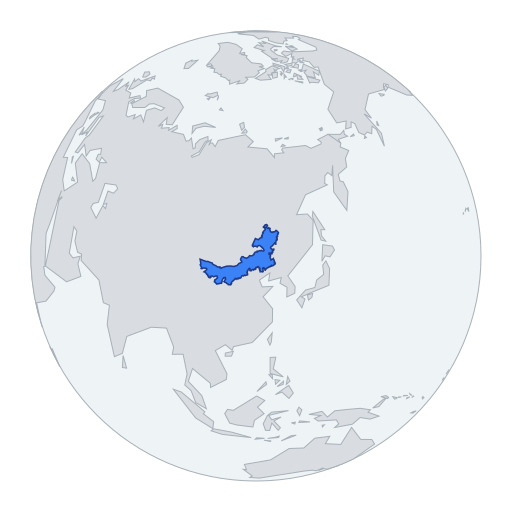 Inner Mongol on an orthographic globe
{"feature_id": "CHN-1838", "entity_name": "Inner Mongol", "entity_type": "Autonomous Region", "adm_level": 1, "iso_a3": "CHN", "parent_name": "China", "parent_adm1": "", "projection": "orthographic", "projection_center": [116.94, 45.357], "detail": "fine", "context": "on_globe", "style": "filled", "palette": "blue", "viewbox_px": 512, "rotation_deg": 0, "n_neighbors": 0, "source": "natural_earth", "source_scale": "10m", "svg_char_len": 17550}
<svg xmlns="http://www.w3.org/2000/svg" viewBox="0 0 512 512"><circle cx="256" cy="256" r="225" fill="#eef3f6" stroke="#a8b0b8"/><path d="M449.0,369.6L448.7,370.4L448.5,370.7L449.0,369.6ZM406.2,88.1L406.3,88.2L409.7,91.3L409.2,91.2L412.5,95.3L406.7,95.0L388.2,87.2L388.2,84.7L383.7,83.6L383.4,86.9L384.3,89.5L368.5,94.0L365.0,109.6L371.5,118.2L364.1,113.9L381.4,133.2L384.4,146.2L376.4,129.4L372.0,126.2L371.7,133.7L367.1,132.1L364.4,135.0L358.9,132.6L354.7,123.5L351.1,121.9L351.1,127.4L345.6,128.9L346.2,121.0L336.7,122.9L327.9,109.2L333.7,91.9L324.3,84.2L318.1,66.9L314.1,67.4L309.2,61.8L302.7,60.5L303.4,58.1L297.7,59.2L298.2,61.6L295.9,63.0L292.1,62.6L292.4,59.3L294.3,59.1L292.4,57.9L294.2,56.6L291.2,57.0L291.9,53.5L285.6,56.4L281.5,53.1L283.6,51.0L290.6,51.9L312.7,51.0L316.9,50.0L315.8,47.1L298.4,39.6L300.0,38.5L296.9,36.5L292.7,36.4L293.6,38.1L285.0,38.0L287.1,40.6L283.9,41.1L283.2,43.9L275.5,42.8L268.4,40.4L268.6,38.2L265.5,37.3L259.0,39.1L253.3,35.4L238.9,34.0L238.2,33.5L248.4,31.9L264.4,32.0L277.6,32.0L261.1,31.5L259.8,30.8L256.3,30.8L251.8,30.8L249.2,31.0L247.1,31.0L255.6,30.7L263.9,30.9L259.8,30.8L267.3,31.0L270.5,31.2L287.0,32.9L303.4,35.8L319.6,39.9L335.4,45.2L350.7,51.6L365.5,59.1L379.8,67.8L393.3,77.4L406.2,88.1ZM468.9,211.6L467.1,208.5L468.2,207.7L468.9,211.6ZM465.9,208.5L466.6,209.2L466.0,209.0L465.9,208.5ZM465.4,209.6L465.8,208.8L465.6,210.1L465.4,209.6ZM465.1,211.7L465.2,210.4L465.3,210.7L465.1,211.7ZM463.7,213.6L463.3,214.0L463.3,212.4L463.7,213.6ZM385.4,91.0L383.9,87.2L385.8,85.1L387.7,88.3L385.4,91.0ZM381.0,96.1L379.0,93.6L384.2,94.3L383.7,95.5L381.0,96.1ZM377.1,125.0L376.7,121.0L378.7,125.5L377.1,125.0ZM364.9,135.8L366.5,137.6L364.4,138.4L364.9,135.8ZM287.4,44.4L285.4,44.1L286.6,43.7L287.4,44.4ZM289.1,46.0L292.0,45.7L293.2,46.4L291.4,46.6L289.1,46.0ZM354.2,135.6L350.3,136.7L353.5,134.0L354.2,135.6ZM285.2,46.2L295.0,47.8L297.1,49.1L291.9,51.0L285.2,46.2ZM347.6,136.2L338.3,139.3L340.9,143.3L328.1,134.3L340.3,134.4L343.8,130.3L344.3,134.2L347.6,136.2ZM300.1,62.6L299.3,59.9L303.4,62.6L300.1,62.6ZM303.3,64.0L319.4,71.2L318.7,75.2L313.4,71.8L315.3,77.7L307.1,76.1L304.2,72.5L306.3,70.1L301.5,71.4L303.3,64.0ZM322.5,129.1L319.6,128.7L321.8,127.4L322.5,129.1ZM295.3,63.8L298.6,64.7L298.2,68.2L291.5,67.0L293.8,66.2L295.3,63.8ZM319.9,80.2L318.4,82.8L311.3,82.2L309.8,83.1L306.8,76.5L319.9,80.2ZM292.0,65.2L288.1,66.3L284.9,64.4L292.0,63.1L292.0,65.2ZM301.0,69.7L300.5,71.4L298.5,70.0L301.0,69.7ZM271.2,58.7L275.2,59.4L275.3,61.2L271.2,58.7ZM286.9,66.9L288.0,67.6L288.6,68.5L285.4,68.9L286.9,66.9ZM302.0,76.6L299.4,75.9L302.9,79.3L297.7,79.2L296.7,74.8L294.9,76.7L293.3,76.7L294.3,73.2L302.0,76.6ZM283.8,72.0L280.7,66.9L273.2,65.0L272.9,63.2L284.9,66.7L283.8,72.0ZM289.9,73.0L286.0,71.9L287.5,70.1L291.1,69.7L289.9,73.0ZM294.6,80.8L302.8,82.0L302.7,83.0L294.6,80.8ZM281.3,71.8L282.1,73.0L280.6,71.8L281.3,71.8ZM290.2,78.3L293.1,78.6L292.9,79.6L290.2,78.3ZM281.3,75.5L280.3,73.8L282.7,73.4L281.3,75.5ZM285.1,77.1L284.2,78.5L284.1,74.3L286.4,77.0L285.1,77.1ZM289.5,79.3L290.4,80.0L288.3,79.1L289.5,79.3ZM272.8,78.3L272.1,73.1L277.4,72.1L277.3,77.2L272.8,78.3ZM102.0,91.6L102.5,92.9L95.1,101.1L85.1,121.8L82.7,126.0L76.6,129.9L63.3,157.3L67.6,157.5L62.7,179.5L64.2,190.9L77.6,182.1L75.3,163.1L82.1,153.7L89.7,163.7L92.8,181.3L95.6,178.3L99.7,162.7L106.6,162.7L101.8,157.1L99.2,162.3L96.1,159.2L98.3,154.3L100.7,154.3L101.5,148.3L90.1,150.4L86.2,156.0L84.6,144.5L77.9,152.9L75.2,152.0L85.5,137.7L89.2,135.2L103.3,116.0L99.2,117.3L85.7,135.9L87.2,132.0L81.6,134.8L87.0,129.6L102.9,109.8L105.5,100.6L98.1,99.0L101.9,93.7L109.9,85.9L123.3,78.6L113.4,91.3L118.0,89.6L129.2,81.8L125.3,86.6L128.6,85.2L125.8,90.1L130.8,93.0L129.2,98.0L139.9,95.6L140.6,98.0L134.1,98.6L128.7,102.0L126.0,115.4L128.0,117.0L135.2,114.6L133.5,118.9L140.8,114.9L143.5,121.9L146.4,110.3L154.8,107.9L161.2,110.6L164.5,107.9L154.1,103.7L149.5,104.0L144.8,107.5L132.7,107.5L131.8,103.7L146.3,96.4L146.6,90.6L157.8,88.1L179.0,100.0L183.4,107.3L172.2,124.8L166.2,124.3L167.2,117.6L158.2,126.3L162.8,124.3L161.4,128.2L169.2,127.6L168.6,130.3L177.1,125.3L177.2,128.6L171.8,131.7L183.5,134.4L186.1,141.3L189.0,140.6L191.4,138.0L193.1,148.8L195.2,147.9L195.4,143.9L199.7,139.6L207.9,136.5L208.1,140.4L205.1,142.0L199.2,151.8L191.3,156.0L192.2,157.4L199.1,154.6L206.4,142.7L211.3,139.8L208.7,145.5L210.0,143.2L212.5,143.0L215.1,146.6L218.3,140.4L245.5,134.7L253.3,141.6L247.9,147.0L267.1,148.8L274.4,157.6L274.5,153.8L283.9,152.8L281.7,149.9L282.5,148.1L305.5,145.5L311.0,148.3L321.1,143.9L321.2,142.0L317.7,139.6L328.1,134.3L340.9,143.3L340.1,146.9L348.7,150.5L345.4,158.4L346.7,167.0L338.2,174.4L340.0,181.0L343.2,181.7L348.0,191.6L346.8,210.4L333.7,191.9L332.6,165.4L331.8,175.6L327.8,172.5L324.9,175.9L324.7,183.5L327.3,184.8L305.5,194.8L296.6,214.7L307.4,214.0L313.1,220.2L312.5,244.7L287.8,275.9L295.1,286.5L294.8,293.2L286.8,297.0L287.0,287.2L280.0,283.3L281.3,277.5L268.6,281.0L269.9,272.9L259.4,280.1L262.2,286.9L272.9,286.4L263.1,296.8L272.6,308.7L272.4,321.9L252.2,342.5L233.5,346.6L232.1,350.3L225.4,344.7L215.3,350.6L227.0,373.8L226.3,379.5L210.5,387.5L210.4,383.3L192.5,368.5L188.3,381.3L201.8,395.6L206.4,408.7L195.7,402.6L191.1,390.6L184.8,385.0L187.1,373.9L183.1,354.2L172.3,354.3L173.7,347.1L166.5,328.1L151.3,327.2L126.8,336.4L122.4,353.3L114.4,356.7L107.2,324.3L109.4,305.2L103.4,302.7L98.9,280.0L81.1,260.4L81.6,254.1L77.6,252.3L74.9,241.0L76.9,231.0L73.9,226.7L69.3,253.1L72.9,257.9L80.2,256.2L77.9,263.9L80.9,276.4L66.6,281.8L45.3,265.9L48.4,251.9L59.0,200.5L61.6,197.9L61.8,197.4L62.3,196.5L57.9,199.8L61.5,190.5L50.3,222.3L46.1,233.3L44.9,266.2L43.7,266.5L44.9,275.2L55.0,287.2L53.9,291.1L46.0,301.1L36.6,302.8L40.8,322.4L42.4,327.5L37.8,312.1L34.4,296.4L32.1,280.5L30.9,264.5L30.8,248.4L32.0,232.4L34.2,216.5L37.6,200.8L42.1,185.4L47.7,170.3L54.3,155.7L61.9,141.6L70.6,128.0L80.2,115.1L90.7,103.0L102.0,91.6ZM90.8,207.6L96.1,218.2L102.9,205.5L105.5,208.7L106.8,203.4L103.3,204.5L108.0,191.0L113.6,193.2L117.7,188.7L116.0,185.0L105.0,183.4L98.3,202.4L93.2,203.4L90.8,207.6ZM258.9,30.8L257.6,30.9L253.2,30.8L255.5,30.8L258.9,30.8ZM232.0,32.6L229.2,32.5L232.8,32.3L235.5,31.9L246.4,31.3L238.5,33.2L240.1,32.3L232.0,32.6ZM258.8,31.7L252.8,31.4L259.7,31.7L258.8,31.7ZM149.9,74.2L145.9,77.0L142.7,77.0L144.7,72.1L149.4,71.8L149.9,74.2ZM141.1,81.0L155.1,75.9L154.4,79.2L152.4,78.1L150.6,80.8L146.9,79.9L132.6,88.6L128.8,89.3L134.6,79.0L134.8,81.7L138.6,78.7L141.1,81.0ZM191.8,61.2L197.8,60.2L188.5,68.5L184.0,68.6L185.7,63.2L192.0,60.1L191.8,61.2ZM274.2,49.7L277.1,49.6L277.0,50.4L274.5,51.1L274.2,49.7ZM273.0,58.9L261.5,51.2L264.2,50.6L254.1,47.5L257.4,44.8L263.8,46.8L258.8,42.7L265.9,43.5L261.7,41.0L275.7,45.8L281.8,46.7L273.7,46.6L270.5,48.9L271.0,50.2L276.9,54.8L288.7,58.4L287.4,61.7L283.3,63.1L280.3,62.8L282.1,60.6L276.8,61.7L277.1,58.4L273.0,58.9ZM236.8,83.9L240.2,80.5L229.5,84.2L229.8,80.0L228.5,80.7L225.8,78.0L220.4,76.1L221.6,74.2L218.9,74.3L217.1,72.7L213.9,72.2L214.8,68.8L211.0,68.1L213.7,67.0L206.8,66.8L212.3,65.5L210.5,63.6L206.1,65.8L219.1,50.8L220.2,46.3L218.2,43.5L228.0,42.3L236.2,44.4L242.2,48.7L239.7,53.5L244.6,52.4L244.8,54.4L240.8,54.5L247.1,55.7L246.2,57.5L251.6,62.8L261.1,63.9L263.3,66.1L259.2,66.6L264.3,68.5L257.9,70.9L259.3,72.6L254.5,77.0L245.6,77.3L247.9,79.3L244.3,83.0L236.8,83.9ZM271.2,79.4L260.5,80.2L255.4,78.4L266.0,71.6L265.6,69.7L272.2,65.8L279.5,68.5L276.9,69.3L276.1,70.8L274.1,69.3L275.1,71.6L271.6,73.0L271.4,75.2L268.0,74.7L271.2,79.4ZM84.3,127.0L83.2,129.6L82.5,133.1L79.0,135.2L84.3,127.0ZM94.9,113.3L94.6,115.0L89.2,119.1L90.4,116.6L94.9,113.3ZM98.9,112.7L95.0,114.8L97.8,112.1L98.9,112.7ZM134.2,100.2L134.4,102.1L132.7,103.1L130.5,103.0L134.2,100.2ZM205.3,95.6L208.1,93.5L209.2,94.1L217.2,92.1L217.7,95.3L213.0,97.7L205.3,95.6ZM74.6,181.0L71.5,180.1L72.5,177.1L73.3,178.0L74.6,181.0ZM73.4,156.3L71.5,163.4L72.4,156.8L73.4,156.3ZM207.2,98.8L210.4,97.5L208.6,99.9L207.2,98.8ZM218.4,97.6L217.1,100.3L218.6,95.5L218.4,97.6ZM49.9,347.0L49.7,346.5L52.2,350.9L52.1,348.4L56.7,359.3L59.8,366.7L49.9,347.0ZM263.9,440.2L270.8,440.9L270.6,441.5L263.9,440.2ZM256.6,437.8L264.5,438.3L255.2,439.2L256.6,437.8ZM267.6,438.4L275.7,437.2L279.2,436.1L278.6,437.5L267.6,438.4ZM251.2,437.6L222.4,434.4L211.1,430.8L213.7,428.8L231.9,432.2L251.2,437.6ZM212.8,428.6L195.7,418.0L173.3,389.2L181.3,392.0L204.9,411.8L203.4,413.8L213.7,421.7L212.8,428.6ZM254.5,420.3L252.9,427.0L236.9,425.0L229.7,423.1L224.7,413.6L227.5,409.4L233.4,410.3L256.7,396.0L264.8,400.5L257.5,407.1L264.1,413.7L254.5,420.3ZM123.1,355.5L126.6,368.1L122.4,367.5L123.1,355.5ZM266.6,384.4L256.9,391.5L265.9,381.8L266.6,384.4ZM272.2,374.7L272.6,378.8L268.9,374.7L272.2,374.7ZM231.5,356.1L225.2,356.2L225.3,353.1L233.3,351.3L231.5,356.1ZM272.2,332.8L271.3,342.0L269.9,345.1L267.4,339.4L272.2,332.8ZM215.7,127.4L204.1,126.3L196.0,128.3L192.0,133.5L192.7,126.0L205.1,122.8L215.7,127.4ZM241.8,133.2L245.3,129.1L247.2,131.5L246.6,132.8L241.8,133.2ZM241.6,130.3L239.6,124.2L243.7,122.3L244.5,127.4L241.6,130.3ZM222.9,110.6L219.4,109.9L221.0,107.9L222.9,110.6ZM335.6,466.7L339.1,465.4L335.6,466.7ZM303.7,471.1L259.5,478.1L249.8,477.5L252.2,476.0L243.3,469.3L246.5,469.7L244.4,464.4L270.5,459.9L289.2,448.5L303.8,448.0L314.8,438.2L329.8,436.3L325.3,443.7L340.8,444.4L351.6,427.4L360.7,439.4L371.8,439.5L374.6,444.0L353.6,458.9L341.8,464.2L339.7,464.8L334.8,466.8L327.3,469.1L323.4,468.7L318.6,470.5L323.4,467.7L316.3,470.8L312.5,470.2L303.7,471.1ZM410.9,412.9L413.1,411.7L416.2,410.8L412.9,413.1L410.9,412.9ZM443.5,378.1L444.3,377.7L442.2,380.5L443.5,378.1ZM448.5,370.7L446.0,374.2L449.0,369.6L448.5,370.7ZM422.7,397.9L423.7,397.8L422.8,398.8L422.7,397.9ZM421.8,398.3L423.2,396.0L422.9,397.4L421.8,398.3ZM411.8,397.5L413.1,395.9L413.7,396.2L411.8,397.5ZM281.2,440.9L290.9,435.8L296.2,435.1L281.2,440.9ZM409.9,396.9L406.6,398.6L407.0,397.6L409.9,396.9ZM410.2,394.7L409.8,393.7L411.9,395.4L410.2,394.7ZM403.8,395.4L407.9,395.5L403.4,395.9L403.8,395.4ZM401.4,396.9L398.5,397.4L398.7,396.9L401.4,396.9ZM368.0,412.3L379.0,416.1L370.1,419.1L360.2,417.5L352.4,424.2L334.7,427.5L338.7,423.9L336.3,419.9L318.1,421.0L314.4,418.4L320.9,415.5L308.9,414.4L322.0,411.4L327.4,417.0L334.9,410.8L347.8,409.4L360.3,408.3L370.4,409.8L368.0,412.3ZM322.1,425.2L324.4,424.9L322.4,427.0L322.1,425.2ZM392.8,396.7L397.1,397.6L396.6,398.6L394.5,399.1L392.8,396.7ZM372.7,408.0L383.6,399.1L386.1,398.2L378.9,406.6L372.7,408.0ZM380.9,396.7L386.0,395.6L388.6,397.4L387.6,398.6L380.9,396.7ZM295.3,422.2L294.8,424.0L291.4,422.8L295.3,422.2ZM299.7,420.9L310.0,421.9L298.8,422.5L299.7,420.9ZM268.7,415.4L271.7,419.7L281.1,417.0L273.9,421.0L280.4,427.7L278.2,430.3L271.8,423.0L269.7,430.5L265.5,430.3L263.2,423.8L267.3,415.7L271.5,412.2L288.5,410.6L268.7,415.4ZM299.6,415.7L296.9,410.8L298.9,407.2L301.9,409.8L299.6,415.7ZM289.0,398.4L281.9,392.1L275.4,394.6L288.7,385.4L293.3,393.0L289.0,398.4ZM283.2,384.3L277.1,386.6L283.5,381.2L283.2,384.3ZM275.6,384.3L275.0,379.6L279.8,380.3L275.6,384.3ZM286.3,384.4L287.7,376.5L290.0,381.1L286.3,384.4ZM273.3,368.9L283.3,376.9L270.1,373.4L270.1,357.4L275.8,357.2L273.3,368.9ZM308.5,300.1L307.4,295.0L312.7,293.5L311.9,297.4L308.5,300.1ZM328.9,285.3L313.7,291.5L301.4,296.8L305.0,299.0L301.9,307.8L296.7,299.9L305.6,290.0L314.9,287.5L316.7,280.0L323.7,274.4L322.7,265.2L325.9,260.9L329.6,268.6L328.9,285.3ZM321.9,261.3L322.7,244.7L332.5,246.1L334.5,250.0L330.0,256.9L325.1,255.8L321.9,261.3ZM325.8,241.2L321.1,240.1L312.3,216.1L312.9,211.5L324.8,229.7L320.9,229.7L321.4,235.6L325.8,241.2ZM320.3,130.8L319.7,128.9L321.9,130.3L320.3,130.8ZM281.1,146.6L282.6,144.3L285.2,145.8L281.1,146.6ZM288.1,139.0L284.1,138.8L288.3,137.3L288.1,139.0ZM275.2,138.9L282.5,137.9L275.6,141.2L275.2,138.9Z" fill="#d9dde1" stroke="#a8b0b8" stroke-width="1"/><path d="M253.3,246.8L252.4,245.9L252.3,245.1L253.0,244.6L253.0,243.5L253.6,242.6L253.7,242.2L255.4,238.5L256.3,239.0L257.4,239.3L258.3,239.7L260.3,237.9L261.4,237.7L262.0,237.3L262.1,236.3L261.6,236.3L261.5,236.2L261.8,235.9L261.9,235.3L262.4,234.8L262.4,234.1L262.9,233.4L263.0,233.1L262.9,232.9L263.1,232.9L263.1,232.6L263.3,232.4L263.2,232.2L263.4,232.2L263.7,231.1L264.6,230.2L265.0,230.1L265.1,229.8L265.1,229.5L265.3,229.3L265.2,228.8L264.8,228.4L265.0,227.6L264.4,227.3L263.5,227.5L263.4,227.4L263.4,226.8L263.9,226.4L265.2,224.8L266.0,224.7L266.4,224.5L267.0,224.9L267.2,225.2L267.4,225.3L267.5,225.7L266.1,227.4L267.4,228.1L267.8,228.5L268.2,228.4L268.6,227.6L268.9,227.7L269.4,228.4L270.0,228.5L269.7,229.0L270.1,230.1L270.0,230.6L270.4,231.1L270.5,231.6L271.1,232.1L271.3,232.0L271.5,232.2L272.0,232.1L272.4,232.4L272.8,232.3L272.9,231.9L273.7,231.8L274.2,231.9L274.4,231.6L274.9,231.6L275.3,231.5L275.9,230.4L276.4,230.5L276.8,230.8L277.5,231.6L278.2,232.2L278.5,232.7L278.4,233.1L278.0,233.5L277.8,233.6L278.0,233.8L278.0,234.5L277.5,234.9L277.3,235.9L276.9,236.3L277.1,236.4L276.9,236.5L277.0,236.6L276.8,236.9L277.0,237.2L276.8,237.4L277.0,237.5L277.0,238.0L276.8,238.1L277.1,238.4L277.1,238.6L277.2,238.9L277.2,239.7L277.0,240.1L276.3,240.0L276.2,240.2L276.2,240.5L275.9,241.8L275.9,242.2L275.7,242.5L275.7,243.2L275.9,243.7L275.8,244.2L275.7,244.2L275.2,243.4L275.1,242.8L274.9,242.7L273.4,244.7L272.7,245.2L272.5,245.7L270.9,246.9L270.5,247.7L271.0,248.5L271.6,248.8L272.5,249.7L272.8,249.8L273.3,249.2L273.5,249.3L273.6,249.5L273.8,249.3L273.9,249.6L273.8,250.0L273.4,250.4L272.4,250.5L272.4,251.3L272.9,252.0L272.7,252.4L272.0,252.5L272.0,253.8L271.8,254.0L271.2,253.7L270.9,253.2L270.5,253.7L269.8,253.1L269.2,253.0L269.3,253.5L268.9,254.1L269.2,254.4L269.7,254.3L269.9,254.5L269.9,254.9L270.3,255.1L270.5,255.5L270.6,256.0L270.1,256.4L270.0,256.6L270.2,258.1L271.0,259.1L271.0,260.0L272.2,259.4L273.3,258.6L273.3,259.1L273.8,259.8L274.1,260.0L274.0,260.5L274.7,261.8L274.7,262.1L274.4,262.1L274.3,262.7L275.3,263.1L275.1,264.1L274.1,264.6L273.9,264.8L273.8,265.2L273.6,265.4L272.8,265.7L271.7,265.3L271.6,265.5L271.9,265.9L271.8,266.1L271.4,266.2L270.7,265.9L270.4,266.1L270.3,266.6L269.9,267.0L269.6,267.0L269.3,266.7L268.9,266.8L267.8,267.9L267.5,267.7L266.7,268.3L266.4,268.4L266.3,268.9L265.9,269.1L265.4,269.8L265.3,270.2L265.1,270.2L265.0,269.6L264.3,268.5L264.4,268.3L263.8,268.1L263.7,267.7L263.3,267.8L263.0,267.9L262.7,268.3L263.1,268.8L262.9,270.0L263.2,271.2L263.1,271.5L262.8,271.9L261.7,271.7L261.2,271.7L260.5,271.7L260.2,271.8L260.1,271.4L260.0,270.8L259.8,270.7L259.6,270.1L259.9,270.1L260.0,270.0L260.0,269.7L259.9,269.5L259.9,268.9L259.6,269.1L259.4,268.5L259.1,268.3L259.2,268.1L259.2,267.7L258.5,267.0L258.5,266.8L257.9,267.0L257.7,266.8L257.4,267.4L256.5,267.3L255.8,267.6L255.7,268.0L255.8,268.4L255.8,268.7L255.9,268.9L255.6,269.2L255.0,269.5L254.8,269.3L254.6,269.4L254.4,269.1L253.4,270.0L253.1,269.5L252.9,269.4L251.3,270.2L251.2,270.4L251.3,270.7L251.0,270.8L249.9,270.6L249.9,269.9L250.1,269.7L249.9,268.5L249.8,268.4L249.6,268.6L249.0,268.6L248.6,269.2L248.1,269.7L247.9,270.7L247.4,270.9L247.1,271.3L247.1,271.8L247.3,272.0L247.3,272.3L247.0,272.3L246.9,272.6L247.3,273.3L247.4,273.7L247.7,274.0L247.3,274.4L247.4,274.9L246.2,275.2L245.5,275.5L245.1,275.5L244.8,275.1L244.5,275.2L244.1,275.4L243.6,275.9L243.4,276.0L242.4,275.5L242.0,275.7L241.4,276.6L240.9,277.8L240.6,278.0L240.3,278.1L240.1,277.9L239.4,277.9L239.3,278.3L239.0,278.6L238.5,278.7L238.3,278.8L238.1,278.6L238.4,278.1L238.1,278.1L237.5,278.4L236.9,279.2L236.5,278.7L236.0,278.9L235.6,278.4L235.3,278.4L235.5,279.0L234.8,279.3L234.3,279.8L233.9,279.9L233.4,280.7L233.0,280.8L232.6,281.3L232.2,281.5L231.8,282.0L231.4,282.8L231.6,283.4L231.3,283.9L231.0,283.6L230.8,283.8L230.6,284.8L228.3,284.7L228.1,284.1L226.6,283.4L226.4,282.8L225.9,282.5L225.6,282.5L224.9,282.3L223.9,281.6L224.5,281.0L224.7,280.3L225.7,279.0L225.3,278.2L225.3,277.5L224.8,277.5L224.4,277.8L223.8,277.7L223.7,278.2L223.2,278.3L222.1,280.3L222.0,281.5L221.6,281.9L221.8,282.5L221.6,283.2L221.1,283.4L220.3,283.2L219.9,283.3L219.3,283.5L218.9,283.8L217.4,283.7L217.0,284.1L216.7,284.1L215.2,282.3L214.4,281.9L214.4,281.3L214.5,280.9L214.9,280.8L214.8,279.8L216.2,279.1L216.9,278.2L217.2,278.1L217.5,277.8L217.5,277.5L217.1,276.6L217.2,276.2L216.3,276.0L215.4,276.1L213.8,276.8L212.2,276.0L210.4,276.3L210.9,277.2L210.2,277.8L209.4,277.7L208.7,277.3L208.8,277.1L208.5,276.5L208.5,276.2L208.1,276.2L207.6,275.6L207.6,274.5L206.8,274.3L206.7,274.0L206.3,273.7L206.3,273.3L206.1,273.1L205.3,272.6L204.9,272.1L204.0,271.8L204.7,271.2L205.6,270.8L206.0,270.2L206.7,269.6L206.8,269.1L206.5,268.4L205.7,268.1L204.9,268.2L203.9,268.0L202.9,268.2L202.1,268.7L201.1,268.5L201.6,267.2L200.8,266.1L200.2,264.8L200.3,264.5L200.9,264.1L200.1,259.2L206.2,261.5L207.8,261.4L211.0,262.7L211.9,262.8L212.4,263.2L212.7,264.0L213.1,264.5L215.9,265.7L217.5,267.0L219.9,266.9L219.8,267.7L220.9,267.9L221.1,268.2L221.8,267.7L226.6,266.2L230.7,266.0L232.4,266.4L232.9,266.3L234.4,266.4L235.0,266.1L236.1,265.8L237.2,265.4L239.0,263.4L240.7,262.8L241.3,262.2L241.8,262.1L241.8,261.7L241.6,261.1L240.8,260.2L240.5,259.3L241.6,257.1L242.2,256.6L243.4,256.8L243.9,257.4L244.3,257.6L246.7,258.2L247.5,257.6L248.1,257.4L249.0,256.5L249.4,255.8L249.8,255.6L250.5,255.9L251.6,255.8L252.5,255.6L253.4,254.7L253.9,254.6L254.1,254.2L254.0,253.8L254.4,253.1L255.0,252.3L255.7,252.0L257.1,252.1L257.3,251.4L257.2,251.2L257.7,251.1L258.0,251.4L258.3,251.4L258.6,251.1L259.6,250.6L260.8,250.8L261.1,250.4L261.3,250.6L261.5,250.5L261.7,250.8L263.4,251.0L263.9,250.7L264.0,250.5L263.9,249.8L263.6,249.4L263.4,248.8L262.2,247.8L262.3,247.6L261.8,247.4L261.7,246.9L260.8,246.5L260.0,245.6L259.3,245.5L258.2,245.6L257.1,247.0L256.3,246.4L255.7,246.1L254.8,246.3L254.2,246.1L253.7,246.4L253.3,246.8Z" fill="#3b82f6" stroke="#1e3a8a" stroke-width="1.5"/></svg>